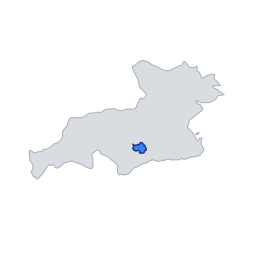 Songgan, Chagang-do, North Korea (highlighted), rotated 207°
{"feature_id": "82179303B82902527088629", "entity_name": "Songgan", "entity_type": "district", "adm_level": 2, "iso_a3": "PRK", "parent_name": "North Korea", "parent_adm1": "Chagang-do", "projection": "albers", "projection_center": [126.669, 40.752], "detail": "fine", "context": "in_parent", "style": "filled", "palette": "blue", "viewbox_px": 256, "rotation_deg": 207, "n_neighbors": 0, "source": "geoboundaries", "source_scale": "gbopen_adm2", "svg_char_len": 4335}
<svg xmlns="http://www.w3.org/2000/svg" viewBox="0 0 256 256"><g transform="rotate(207 128 128)"><path d="M152.1,185.1L151.2,185.6L149.7,188.4L148.3,191.9L147.0,193.8L145.4,194.9L143.7,195.6L140.3,195.9L137.2,195.7L136.1,195.3L131.9,195.6L130.7,195.8L124.6,195.6L121.4,195.9L119.3,196.6L117.3,198.0L115.5,200.2L113.9,202.4L110.7,206.6L108.5,208.6L108.5,211.5L108.4,212.4L107.6,213.0L107.3,212.8L106.0,212.5L100.8,209.9L96.5,211.5L95.4,213.6L94.2,214.3L92.5,210.1L89.7,210.0L85.3,206.3L83.4,207.0L82.9,208.4L80.4,211.8L76.9,214.5L75.8,214.8L74.6,214.6L74.8,213.9L73.4,210.7L68.0,209.4L66.1,208.0L65.1,207.7L70.5,204.4L71.9,203.8L70.9,202.9L69.7,202.5L65.4,203.0L63.2,201.8L59.9,202.1L57.6,201.1L62.4,197.8L62.7,195.8L62.6,194.3L65.1,189.8L67.5,187.4L73.8,183.9L76.5,183.5L78.5,183.6L80.1,183.3L78.4,181.9L76.8,181.3L73.6,181.4L70.3,179.3L70.0,177.1L76.6,163.6L76.8,162.4L75.8,159.0L75.5,155.8L71.0,153.9L69.0,153.6L63.2,149.8L60.9,148.0L60.0,148.5L59.8,151.4L58.9,152.0L57.4,152.6L56.7,149.2L55.5,146.8L51.7,144.2L50.3,142.8L51.1,139.9L50.8,139.7L51.5,136.4L53.9,133.9L59.8,129.6L61.3,127.5L64.3,125.1L65.6,125.2L66.9,125.0L67.4,123.9L67.7,123.1L68.9,122.3L71.7,121.0L74.9,119.2L77.5,118.8L80.6,116.1L81.9,114.9L83.2,115.0L83.5,114.4L84.3,113.0L85.3,112.1L86.6,111.9L88.9,111.3L91.7,110.9L93.7,108.7L94.3,107.1L95.6,105.3L98.3,103.3L100.1,100.5L102.2,97.4L103.2,96.4L104.1,96.2L104.7,95.0L105.4,91.7L106.3,88.4L106.9,86.9L109.2,85.3L109.8,84.5L110.3,84.2L111.4,84.4L112.9,83.4L114.2,82.3L115.5,82.7L116.8,83.6L118.1,85.4L118.7,86.8L119.7,88.0L120.0,89.7L121.0,90.5L123.2,90.8L126.9,92.0L129.3,92.0L130.6,92.9L133.5,93.3L139.1,92.6L141.4,93.0L142.4,94.0L143.9,94.9L144.8,94.9L146.0,93.4L147.3,91.0L148.2,89.1L148.1,87.7L147.3,86.1L145.4,84.7L144.2,82.4L143.0,80.1L142.3,79.4L141.7,78.2L141.6,76.5L142.0,75.3L144.7,74.5L148.3,74.0L151.2,74.4L156.1,74.0L159.0,73.3L161.2,73.3L163.3,73.2L164.1,72.2L166.9,69.7L168.2,68.8L169.7,67.2L169.9,65.5L170.1,64.1L170.9,62.6L172.4,60.7L173.6,59.8L175.0,59.9L176.5,60.7L177.5,61.5L178.5,61.2L179.3,59.8L179.9,59.5L181.6,59.3L182.1,58.4L182.6,54.2L183.1,50.8L183.2,48.5L184.5,44.6L184.9,42.3L185.8,41.2L186.8,41.2L187.7,41.8L188.8,42.2L190.2,41.8L191.2,42.3L191.9,43.5L194.1,44.3L194.3,44.9L194.4,49.1L195.7,51.0L197.3,52.7L199.5,54.2L200.7,54.5L201.5,55.7L202.2,57.6L203.8,59.5L204.7,60.8L204.9,62.3L205.7,63.1L204.5,64.0L202.8,63.6L200.1,63.4L196.8,66.4L194.9,67.4L193.7,70.3L191.0,72.1L189.6,73.9L187.8,77.1L186.7,80.1L183.8,83.3L182.3,87.2L182.3,90.4L184.3,93.7L184.6,96.6L183.4,102.5L184.4,108.8L183.7,111.2L174.7,115.8L172.4,118.0L169.2,123.7L165.2,125.8L162.7,128.2L159.2,129.6L157.0,133.6L154.6,135.8L151.6,137.2L149.4,139.0L144.5,139.2L141.0,140.5L138.6,143.8L131.1,147.6L130.1,150.4L130.7,154.7L130.7,158.1L130.1,160.8L128.4,160.1L127.6,161.0L126.6,163.5L126.9,166.4L129.5,167.3L131.6,168.4L134.6,169.0L136.9,170.3L141.7,176.3L145.6,178.9L146.6,179.9L148.8,181.2L150.9,183.3L152.1,185.1ZM64.0,155.3L62.6,156.2L62.6,154.5L63.7,153.1L64.8,152.9L64.0,155.3Z" fill="#d9dde1" stroke="#a8b0b8" stroke-width="1"/><path d="M110.1,111.4L109.8,111.7L109.7,111.9L109.4,112.2L109.0,112.5L108.8,112.6L108.4,112.8L107.4,112.9L107.2,112.6L106.9,112.2L106.8,111.8L106.6,111.6L106.5,111.3L106.2,111.0L105.8,111.0L105.6,111.3L105.4,111.5L105.2,111.8L104.8,112.0L104.6,112.0L104.4,112.0L104.0,112.1L103.9,112.0L103.3,112.5L102.9,112.9L102.6,113.2L102.5,113.7L102.5,114.2L102.6,114.5L102.9,115.1L102.6,115.5L102.3,116.0L102.0,116.3L102.0,116.5L101.8,116.6L102.0,116.9L102.2,117.4L102.5,118.0L102.9,118.3L103.4,118.6L103.9,118.7L104.2,119.0L104.4,119.3L104.5,119.5L104.8,119.7L104.9,119.8L105.2,119.9L105.3,120.1L105.6,119.9L106.0,120.0L106.4,120.2L106.8,120.4L107.3,120.7L107.8,120.8L108.2,121.2L108.8,121.2L109.4,121.1L109.8,120.8L110.2,120.4L110.6,119.9L110.5,119.5L110.3,119.0L110.3,118.3L110.5,117.9L110.9,117.8L111.2,117.8L111.6,117.8L112.0,117.6L112.1,117.3L112.3,116.8L112.6,116.5L113.1,116.3L113.4,116.1L114.1,115.7L114.7,115.6L115.4,115.5L115.9,115.5L115.8,115.4L115.6,114.9L115.2,114.8L114.9,114.8L114.6,114.7L114.3,114.4L114.2,114.1L114.3,113.7L114.3,113.4L114.3,112.9L114.5,112.5L114.6,112.1L113.9,111.7L113.6,111.4L113.2,111.4L112.9,111.4L112.6,111.3L112.2,110.9L111.8,110.8L111.4,110.9L111.0,111.1L110.5,111.5L110.1,111.4L110.1,111.4Z" fill="#3b82f6" stroke="#1e3a8a" stroke-width="1.5"/></g></svg>